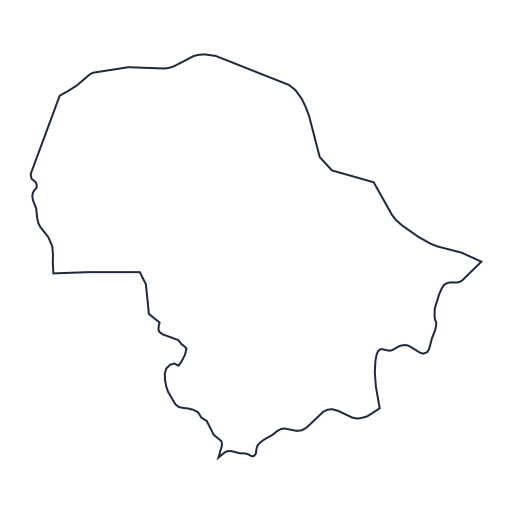 an SVG outline of Đắk Lắk
{"feature_id": "VNM-477", "entity_name": "Đắk Lắk", "entity_type": "Province", "adm_level": 1, "iso_a3": "VNM", "parent_name": "Vietnam", "parent_adm1": "", "projection": "robinson", "projection_center": [108.237, 12.77], "detail": "fine", "context": "isolated", "style": "outline", "palette": "slate", "viewbox_px": 512, "rotation_deg": 0, "n_neighbors": 0, "source": "natural_earth", "source_scale": "10m", "svg_char_len": 1955}
<svg xmlns="http://www.w3.org/2000/svg" viewBox="0 0 512 512"><path d="M53.4,273.4L52.8,263.7L53.0,254.9L52.3,246.4L48.4,237.3L40.4,227.1L38.4,223.3L37.2,218.4L36.2,208.5L33.0,200.3L32.3,196.7L32.8,193.1L34.5,189.9L36.0,188.6L36.7,186.9L36.6,184.8L35.9,182.4L31.5,178.7L30.7,174.0L59.7,95.7L68.4,90.8L76.8,85.5L88.4,75.5L90.9,73.7L93.8,72.6L128.3,67.2L164.5,68.5L169.5,67.8L174.3,66.1L193.7,56.0L198.7,54.8L204.7,54.4L215.6,55.9L289.0,85.0L295.5,90.2L301.9,99.1L305.6,106.9L308.9,115.3L319.7,157.0L331.9,170.4L373.7,182.3L392.1,215.1L396.1,220.1L401.9,225.3L418.5,237.0L431.1,244.0L438.0,246.6L461.7,252.7L481.3,261.7L462.2,280.4L459.9,281.8L457.2,282.5L451.3,282.4L448.6,282.7L446.4,283.5L444.0,284.9L441.6,288.7L439.0,294.7L434.8,308.4L434.5,314.8L435.0,319.7L436.2,322.4L436.1,326.0L434.9,330.7L432.0,338.2L429.1,349.1L427.2,352.1L423.5,353.7L420.0,352.7L409.7,346.3L406.8,345.2L403.9,345.1L400.9,345.6L397.8,346.9L392.7,349.9L390.5,350.6L388.6,350.6L382.3,349.2L380.1,349.4L378.2,351.0L376.7,354.2L375.4,360.9L374.8,372.6L375.9,386.7L379.7,408.3L367.5,416.2L363.0,417.6L357.4,418.6L352.3,417.6L338.2,410.9L332.3,409.2L327.6,409.7L323.3,411.7L306.6,427.6L301.8,430.3L296.7,430.9L284.7,428.5L281.0,429.0L277.0,431.2L272.6,434.8L264.1,439.6L259.9,442.7L257.4,445.7L256.6,448.4L255.8,453.8L254.1,455.9L252.3,456.3L250.6,455.7L248.4,454.4L245.6,453.5L239.5,453.2L231.3,451.1L227.2,451.2L224.4,452.6L221.4,455.2L218.4,457.6L219.6,454.0L220.2,451.2L221.2,448.3L222.0,445.1L221.6,441.6L220.4,440.3L213.8,434.9L208.7,424.9L206.7,420.9L201.4,417.7L198.1,412.3L193.3,409.8L187.7,408.4L183.4,408.0L178.8,407.0L175.4,404.3L168.0,391.7L166.2,386.4L165.1,380.5L164.8,373.4L166.3,368.5L170.0,364.8L174.5,363.5L178.5,365.7L181.4,361.7L185.0,354.8L186.5,348.4L183.4,345.5L181.8,344.5L178.1,340.0L162.7,334.4L159.2,331.7L158.5,329.7L158.8,325.5L159.6,322.5L148.9,314.0L145.9,284.3L139.8,272.1L89.3,272.1L53.4,273.4Z" fill="none" stroke="#1e293b" stroke-width="2"/></svg>